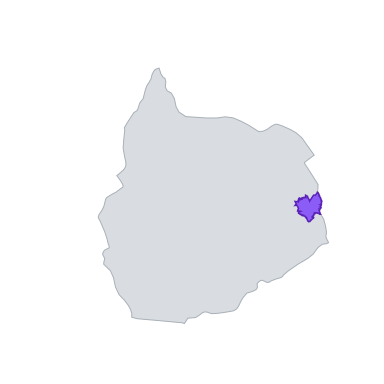 Mount Darwin, Mashonaland Central, Zimbabwe shown in context, rotated 55°
{"feature_id": "62879985B29850987700829", "entity_name": "Mount Darwin", "entity_type": "district", "adm_level": 2, "iso_a3": "ZWE", "parent_name": "Zimbabwe", "parent_adm1": "Mashonaland Central", "projection": "robinson", "projection_center": [31.728, -16.538], "detail": "fine", "context": "in_parent", "style": "filled", "palette": "violet", "viewbox_px": 384, "rotation_deg": 55, "n_neighbors": 0, "source": "geoboundaries", "source_scale": "gbopen_adm2", "svg_char_len": 6172}
<svg xmlns="http://www.w3.org/2000/svg" viewBox="0 0 384 384"><g transform="rotate(55 192 192)"><path d="M260.0,313.2L257.2,311.1L253.3,309.8L248.5,309.2L242.1,309.4L234.3,310.6L226.0,309.2L217.0,305.4L209.6,304.0L200.8,305.7L200.4,305.7L198.9,304.4L196.4,301.6L192.4,301.1L191.3,300.5L190.4,299.4L189.8,298.1L189.5,296.6L190.2,292.0L189.8,291.5L188.7,290.9L186.5,290.4L181.2,288.3L174.5,286.3L163.6,284.0L159.4,283.5L158.4,282.8L157.2,281.1L155.1,275.8L153.1,272.3L148.4,266.9L147.6,265.2L147.8,260.9L148.1,257.5L148.6,254.5L148.4,251.8L148.3,248.4L148.4,246.1L147.8,245.1L146.1,244.4L141.2,244.1L135.4,244.2L135.2,240.7L134.6,235.4L133.4,232.3L132.1,230.7L129.4,229.0L123.9,226.7L116.5,223.2L110.1,218.0L102.8,211.6L100.5,210.5L97.8,204.5L93.6,194.1L93.8,190.7L93.2,189.0L89.2,183.9L88.3,181.3L87.6,178.6L81.2,171.2L79.0,167.9L77.3,163.8L75.7,160.4L74.3,159.1L72.5,156.8L71.2,154.2L70.6,152.3L71.0,149.7L71.6,147.9L77.7,149.8L81.0,149.9L83.5,149.0L86.7,150.2L90.6,153.6L94.7,154.3L99.2,152.2L105.2,152.8L112.9,156.1L119.2,156.8L126.7,153.8L133.3,145.6L139.6,137.8L145.8,128.9L149.5,121.6L154.9,115.8L162.2,111.2L169.5,107.4L180.8,102.7L183.0,98.8L183.8,94.6L183.7,88.7L184.3,84.9L185.5,83.2L187.4,81.8L189.8,80.1L197.2,75.6L203.4,72.7L211.0,70.9L219.3,70.9L227.3,70.8L231.9,70.8L232.0,76.5L232.3,82.8L233.2,83.4L239.2,83.6L248.9,84.0L258.2,84.5L264.2,89.1L266.2,90.1L272.4,91.3L280.2,99.0L289.7,99.7L296.3,102.1L302.0,104.8L305.3,107.9L307.5,108.6L310.4,108.9L311.8,109.2L311.5,111.4L309.5,115.3L309.8,120.8L312.4,128.5L312.8,135.2L311.9,146.9L311.9,158.3L312.2,162.4L312.6,165.1L313.2,166.5L313.1,168.2L311.5,173.0L310.2,178.0L310.2,180.0L309.7,181.5L308.7,182.7L304.6,185.0L303.9,186.5L303.9,189.1L304.4,191.3L306.0,192.1L307.8,193.3L308.6,194.9L308.6,196.7L308.0,199.8L306.3,205.1L307.9,211.2L309.8,215.1L312.4,219.7L313.4,222.5L313.3,224.5L313.0,226.5L309.1,234.8L306.4,240.0L303.0,245.6L298.5,249.0L297.4,250.7L296.9,252.6L297.1,256.8L296.9,261.1L293.0,267.8L295.4,273.6L294.9,274.1L293.6,274.9L288.1,281.4L282.6,287.9L278.5,292.7L273.9,298.2L268.8,304.3L264.4,309.5L260.0,313.2Z" fill="#d9dde1" stroke="#a8b0b8" stroke-width="1"/><path d="M262.9,113.7L266.4,114.1L266.5,114.1L267.2,115.3L267.3,115.3L267.6,115.7L267.6,115.8L268.1,116.4L268.6,115.5L270.0,114.3L269.4,116.2L270.2,116.7L270.9,116.4L271.0,116.3L271.3,116.2L271.3,116.3L271.4,116.2L271.5,116.2L271.6,116.3L271.8,116.3L271.8,116.1L272.2,116.1L272.2,116.3L272.3,116.3L272.5,116.1L272.4,115.9L272.6,115.9L272.8,115.9L272.8,115.6L273.0,115.4L273.2,115.5L273.3,115.4L273.5,115.4L273.7,115.2L273.9,115.3L273.9,115.2L274.0,115.2L274.3,115.1L274.4,114.9L274.5,114.6L274.3,114.5L274.4,114.3L274.5,114.2L274.9,114.3L274.9,114.2L275.1,114.2L275.1,114.3L275.3,114.5L275.5,114.0L275.8,114.0L275.7,114.0L275.7,113.9L275.9,113.9L276.0,113.9L276.2,113.7L276.6,113.3L276.8,113.4L276.9,113.5L277.1,113.5L277.1,113.4L277.7,113.2L277.9,113.1L278.0,113.2L278.4,113.0L278.4,113.3L278.5,113.3L278.5,113.2L278.8,113.3L279.0,113.2L279.2,113.4L279.4,113.2L279.6,113.3L279.9,113.4L280.3,113.3L280.8,113.5L281.0,113.6L281.5,113.5L281.9,113.6L282.1,113.7L282.2,113.8L282.4,113.8L282.8,113.6L283.1,113.5L283.2,113.3L283.4,113.3L283.4,113.2L283.4,112.7L283.7,112.4L283.6,112.2L283.7,111.9L283.7,111.7L283.5,111.4L283.3,110.9L283.2,110.6L283.3,110.4L283.2,110.3L283.2,110.2L283.0,107.6L282.6,107.7L282.5,107.2L282.1,107.5L281.9,107.7L281.5,107.9L281.4,107.7L281.0,107.6L280.9,107.2L281.0,107.1L281.0,106.7L281.3,106.3L281.3,106.1L281.0,105.9L280.8,105.7L280.5,105.6L280.4,105.5L280.4,105.3L280.4,105.2L280.5,105.1L280.4,105.0L280.4,104.9L279.9,104.4L279.4,104.1L279.2,103.7L279.3,103.6L279.6,103.5L279.7,103.4L279.9,103.2L280.3,103.2L280.5,103.3L280.6,103.1L280.8,103.1L280.4,102.9L280.1,102.6L280.4,102.3L280.5,101.8L281.1,101.6L281.3,101.5L281.4,101.3L281.4,101.1L281.5,101.0L281.5,100.9L281.8,100.7L281.7,100.6L281.9,100.4L282.0,100.4L282.3,100.5L282.6,100.5L282.9,100.4L283.2,100.3L283.4,100.2L283.5,100.1L283.8,99.9L284.0,99.4L283.3,99.4L279.5,98.2L279.4,98.1L279.4,97.8L279.2,97.7L279.3,97.6L279.2,97.6L279.3,97.5L279.4,97.4L279.4,97.2L279.3,96.9L279.4,97.0L279.4,96.9L279.3,96.7L279.1,96.6L279.1,96.4L279.1,96.1L279.2,95.9L279.0,95.7L278.9,95.5L278.7,95.3L278.5,95.2L278.5,95.3L278.3,95.4L278.4,95.2L278.1,95.2L277.9,95.0L277.8,94.9L277.6,94.7L277.4,94.7L277.3,94.4L277.2,94.5L277.1,94.4L276.9,94.4L276.9,94.6L276.7,94.4L276.8,94.3L276.7,94.2L276.8,94.1L276.7,94.0L276.6,93.8L276.4,93.9L276.6,93.6L276.4,93.5L276.3,93.4L276.3,93.2L276.2,93.2L275.9,93.1L275.7,93.0L275.8,92.8L275.8,92.7L275.7,92.6L275.4,92.6L275.2,92.4L275.3,92.2L275.2,92.1L274.9,91.9L274.7,91.8L274.4,91.7L274.1,91.6L273.9,91.5L273.8,91.4L273.9,91.1L273.7,91.1L273.4,91.0L273.3,90.7L273.2,90.7L273.0,90.8L273.0,90.7L272.9,90.7L272.6,90.7L272.4,90.6L272.1,90.6L271.7,90.4L271.4,90.4L271.2,90.5L270.8,90.3L270.7,90.1L270.3,90.0L270.0,90.2L269.6,90.1L269.2,90.0L268.9,90.0L268.5,90.2L268.4,90.2L268.3,89.8L268.1,89.9L267.8,89.8L267.7,89.8L267.6,89.7L267.2,89.7L267.0,89.4L266.9,89.4L266.7,89.6L266.2,89.2L265.8,89.2L265.7,89.2L265.3,89.3L265.1,89.2L265.0,89.3L264.9,89.3L265.0,89.2L264.9,89.1L264.7,89.1L264.4,89.2L264.2,89.3L264.4,89.5L264.5,89.8L264.5,90.2L264.7,90.5L264.8,90.9L265.0,91.3L265.1,92.0L265.2,92.3L265.4,92.6L264.3,94.2L266.5,99.8L266.5,100.0L266.9,100.8L266.4,100.6L266.1,100.5L265.6,100.6L265.3,100.4L264.6,100.4L264.3,100.4L264.2,100.4L263.8,100.3L263.6,100.4L263.4,100.3L263.2,100.3L262.5,100.3L261.9,99.8L259.8,100.8L260.1,101.0L260.3,101.2L260.5,101.3L260.7,101.5L260.8,101.5L261.0,101.6L261.2,101.8L261.3,101.8L261.5,101.9L261.8,102.0L260.6,103.3L261.0,103.8L259.8,105.0L260.0,105.3L260.0,105.5L260.2,105.4L260.3,105.6L260.7,105.6L261.0,105.8L260.9,106.1L260.7,106.3L260.1,106.9L260.6,107.6L260.2,108.0L259.6,106.9L258.4,107.5L258.5,107.9L258.8,108.1L258.7,108.2L258.7,108.3L258.8,108.3L259.0,108.5L259.2,108.9L259.3,108.7L259.4,108.9L259.4,109.0L259.5,109.1L259.8,108.9L260.0,109.1L259.9,109.2L259.7,109.4L259.8,109.7L260.1,109.5L260.6,109.8L260.7,110.1L260.8,110.2L260.7,110.2L260.7,110.3L261.0,110.5L259.8,111.9L258.8,113.0L262.5,113.6L261.8,114.4L262.1,115.3L262.9,113.7Z" fill="#8b5cf6" stroke="#5b21b6" stroke-width="1.5"/></g></svg>